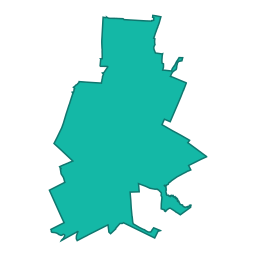 Pantelimon, Constanta, Romania (Albers equal-area conic projection)
{"feature_id": "2599482B44343640744399", "entity_name": "Pantelimon", "entity_type": "district", "adm_level": 2, "iso_a3": "ROU", "parent_name": "Romania", "parent_adm1": "Constanta", "projection": "albers", "projection_center": [28.363, 44.596], "detail": "fine", "context": "isolated", "style": "filled", "palette": "teal", "viewbox_px": 256, "rotation_deg": 0, "n_neighbors": 0, "source": "geoboundaries", "source_scale": "gbopen_adm2", "svg_char_len": 5503}
<svg xmlns="http://www.w3.org/2000/svg" viewBox="0 0 256 256"><path d="M183.7,89.8L186.3,83.0L186.2,82.8L180.8,80.6L172.7,77.2L171.1,76.6L170.4,76.4L170.9,75.5L171.1,74.7L171.6,73.6L171.9,73.3L172.1,72.8L172.3,72.4L173.6,71.2L175.3,70.0L176.0,69.6L176.4,68.9L176.7,67.3L176.8,65.8L177.3,64.0L177.5,62.9L177.6,62.7L178.8,61.4L181.9,60.8L182.7,57.7L179.1,57.6L177.6,60.1L176.7,61.3L176.6,61.5L174.7,65.3L174.6,65.8L174.2,65.8L172.3,68.6L172.1,69.1L171.5,71.0L165.3,70.3L162.7,70.1L163.5,67.1L163.5,63.8L163.4,63.7L162.6,63.5L162.2,63.2L162.0,62.7L161.9,60.3L162.2,55.9L162.6,53.7L162.1,53.9L161.8,53.9L156.2,53.1L155.6,53.0L155.4,52.9L154.3,50.1L154.1,49.6L153.9,48.8L153.8,47.8L153.9,46.7L154.7,45.2L155.0,44.4L154.8,44.1L154.7,43.1L154.6,41.3L154.7,39.9L154.9,38.9L154.8,38.6L154.3,38.3L153.9,38.2L153.7,38.2L153.8,37.7L154.5,36.1L154.7,35.3L155.8,32.0L155.9,31.9L156.9,29.0L157.1,28.5L157.3,28.0L157.7,27.2L157.8,26.5L158.5,24.8L159.1,23.2L160.2,19.2L160.9,16.8L156.9,16.0L154.4,15.6L152.8,15.4L152.6,17.4L153.8,17.7L153.7,20.3L151.7,20.6L151.6,21.1L145.9,20.9L128.6,19.9L124.0,19.6L123.3,18.9L122.9,18.7L117.7,18.5L116.1,18.4L108.8,18.3L108.4,18.2L107.7,17.7L107.0,17.4L106.8,17.2L106.6,17.3L106.5,17.2L106.5,17.4L105.8,17.7L103.1,17.2L101.9,38.8L101.8,40.9L101.8,42.9L102.0,48.2L102.2,49.8L102.1,51.1L102.2,54.6L102.2,58.7L100.5,58.8L100.7,59.1L100.7,59.4L100.1,65.7L100.2,66.0L100.3,66.1L100.5,66.3L107.0,66.4L107.5,66.5L107.8,66.9L103.9,72.6L102.4,73.0L103.5,74.2L102.5,76.6L102.4,78.0L101.9,80.0L101.9,80.8L101.4,82.4L101.4,83.1L87.0,82.2L79.1,81.6L79.0,82.5L78.8,82.6L77.6,83.8L77.4,84.2L76.7,84.7L76.1,84.9L75.3,85.7L74.5,86.6L74.2,86.8L73.8,87.0L73.4,87.3L74.6,88.5L73.9,90.0L74.0,90.7L73.6,92.0L73.1,92.4L72.8,92.4L72.7,92.4L72.4,92.1L72.2,92.1L72.2,92.3L72.4,92.4L72.5,92.7L72.5,92.8L72.7,93.0L73.1,93.1L72.4,94.8L70.8,99.7L69.7,103.3L68.9,105.5L66.0,114.4L63.4,123.2L61.7,127.9L57.1,137.4L54.0,143.5L60.8,149.7L72.8,161.0L63.3,165.0L59.6,166.7L60.5,168.2L60.9,168.3L61.0,168.7L60.3,168.9L61.1,173.7L61.4,174.3L62.9,176.6L63.5,177.7L63.9,179.0L64.5,181.2L64.8,182.4L64.5,182.5L49.4,190.2L52.8,197.8L58.0,209.4L61.1,216.3L64.1,222.7L50.9,229.4L51.2,229.9L51.3,231.4L51.4,231.7L51.6,232.0L52.0,232.3L55.0,232.6L56.7,233.1L57.8,233.7L58.8,234.5L60.1,235.0L61.0,235.4L61.3,235.4L61.9,235.2L62.4,234.9L63.1,234.3L63.3,234.3L63.6,234.5L64.3,234.6L64.6,235.0L64.8,235.6L63.5,238.2L61.5,240.2L61.3,240.6L77.7,231.5L77.9,231.6L76.4,236.0L76.3,238.5L76.4,239.0L77.2,240.6L84.3,236.9L87.3,235.4L88.1,234.9L107.9,224.9L108.0,224.9L108.9,232.0L109.0,232.2L110.6,233.7L115.6,229.0L115.5,228.9L115.9,228.1L119.9,223.5L122.5,223.4L123.1,223.0L123.4,222.7L154.7,238.0L158.0,231.3L160.4,230.6L160.1,230.4L159.0,230.0L158.7,229.9L156.1,228.8L153.7,227.8L152.1,229.9L151.8,230.6L150.7,232.0L148.6,232.0L148.0,231.9L146.7,231.2L145.3,230.4L144.8,229.9L143.9,229.5L143.3,229.4L139.3,227.4L133.2,223.8L132.7,221.8L132.2,216.8L132.0,216.0L131.6,211.8L131.2,207.5L130.8,200.7L130.1,192.1L139.2,191.8L138.5,183.6L145.5,186.2L150.1,188.3L155.1,189.2L157.1,189.1L157.4,189.6L158.1,189.6L158.3,189.7L161.0,192.5L161.2,192.8L161.3,193.1L161.1,195.6L161.8,196.8L161.9,197.4L161.9,197.9L161.3,203.9L161.2,208.5L161.2,208.8L164.4,209.9L164.4,210.3L164.5,210.9L165.3,211.5L165.5,211.5L166.0,211.0L165.9,210.6L166.3,210.4L168.4,208.8L169.2,208.3L170.2,208.2L170.6,208.4L173.3,210.1L175.1,211.3L176.1,212.2L177.2,212.7L180.3,214.8L190.6,207.3L190.7,206.2L190.9,205.6L191.0,205.5L191.0,205.4L190.9,205.0L190.7,205.0L190.4,205.2L190.4,205.3L189.9,205.2L189.4,205.4L189.4,205.6L189.4,205.9L188.4,206.7L188.1,206.7L187.8,207.1L187.5,206.7L187.4,206.6L187.0,206.9L186.8,206.9L186.6,206.9L186.2,207.1L185.9,207.1L185.7,207.2L185.4,207.2L185.3,207.4L185.1,207.5L184.9,207.4L184.8,207.1L184.3,207.0L183.9,206.6L183.5,206.6L182.6,205.6L182.6,205.4L182.6,205.2L182.2,205.0L182.1,204.8L181.9,204.8L181.6,204.9L181.3,204.8L180.4,204.3L180.0,203.9L179.8,203.8L179.5,203.1L179.4,202.7L179.2,202.4L178.8,202.1L179.0,201.5L178.9,201.3L178.8,201.2L178.6,201.2L178.0,201.4L177.7,201.4L177.4,201.0L177.4,200.8L177.9,200.8L178.1,200.7L178.1,200.4L177.4,199.8L177.4,199.7L177.5,199.5L177.6,199.2L177.4,198.9L177.1,199.1L176.6,198.9L176.7,198.5L176.7,198.2L176.3,198.1L176.1,198.4L175.9,198.4L175.7,198.4L175.5,198.1L175.9,198.0L176.1,197.8L176.1,197.6L175.8,197.3L175.3,197.2L175.0,196.6L174.3,196.8L173.9,196.8L173.8,196.7L173.7,196.9L173.3,196.8L173.2,196.7L173.5,196.3L173.4,196.0L173.2,195.6L173.0,195.4L172.5,195.9L172.3,195.8L172.0,195.7L171.8,195.5L171.6,195.4L171.4,195.9L171.2,196.0L171.0,195.7L170.9,195.6L170.7,195.5L170.4,195.7L170.3,195.8L170.5,196.0L170.3,196.3L170.2,196.1L169.9,196.3L169.7,196.4L169.3,196.1L168.8,195.9L168.8,195.5L168.2,195.1L167.2,195.3L166.7,195.1L166.5,194.8L166.4,194.6L166.5,194.2L166.5,193.7L166.3,193.3L166.2,193.0L166.1,192.8L165.9,191.7L165.9,190.7L166.3,190.1L166.3,189.8L166.0,189.2L166.0,188.8L166.2,188.3L166.2,188.0L165.7,187.1L165.6,186.7L165.3,186.4L165.2,186.1L164.6,185.9L164.3,185.6L164.4,185.4L164.6,185.5L164.8,185.5L165.4,185.6L165.6,185.9L166.1,186.0L166.3,185.9L166.2,185.2L168.2,184.3L168.4,183.8L168.8,182.8L169.4,182.4L170.4,181.8L171.5,180.7L177.1,176.8L181.8,174.3L181.9,174.2L186.4,171.9L187.6,171.1L188.3,171.0L190.8,169.9L188.6,165.5L201.0,159.3L206.3,156.9L206.6,156.8L206.6,156.6L187.8,142.7L189.6,140.3L181.1,135.4L172.4,130.7L162.0,124.7L163.8,120.5L164.4,119.2L170.2,121.7L177.7,104.2L180.7,97.1L183.6,89.7L183.7,89.8Z" fill="#14b8a6" stroke="#0f766e" stroke-width="1.5"/></svg>